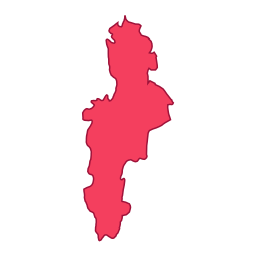 Shibin al-Qanatir, Al Qalyubiyah, Egypt
{"feature_id": "37247803B12662956160688", "entity_name": "Shibin al-Qanatir", "entity_type": "district", "adm_level": 2, "iso_a3": "EGY", "parent_name": "Egypt", "parent_adm1": "Al Qalyubiyah", "projection": "equal_earth", "projection_center": [31.303, 30.296], "detail": "fine", "context": "isolated", "style": "filled", "palette": "rose", "viewbox_px": 256, "rotation_deg": 0, "n_neighbors": 0, "source": "geoboundaries", "source_scale": "gbopen_adm2", "svg_char_len": 5783}
<svg xmlns="http://www.w3.org/2000/svg" viewBox="0 0 256 256"><path d="M170.5,119.7L169.7,117.1L169.0,115.1L168.6,113.7L168.2,111.4L167.7,107.8L167.7,107.0L167.8,104.8L168.4,104.7L169.2,104.5L169.6,104.4L170.1,104.4L171.2,104.5L172.0,104.5L172.5,104.2L172.9,103.8L173.2,103.0L173.3,102.8L172.3,101.7L171.8,100.2L171.7,99.9L171.1,99.6L167.6,95.1L167.0,94.4L164.6,90.9L163.0,88.9L160.0,86.9L159.6,86.6L157.0,85.4L155.3,84.6L155.0,83.4L149.9,80.8L148.3,82.8L147.9,83.3L148.1,79.9L148.0,79.6L148.0,76.3L147.3,73.2L148.0,70.2L149.0,68.3L151.1,69.9L155.5,69.9L156.4,68.8L157.3,67.5L157.2,65.3L156.0,57.2L156.6,56.2L156.2,55.5L154.9,53.4L154.1,52.2L153.1,52.9L152.6,53.2L151.6,53.3L149.4,52.8L150.1,51.8L150.7,51.0L151.2,50.0L151.9,47.8L152.1,46.3L152.0,45.1L151.9,44.2L151.9,43.8L151.1,41.4L148.7,38.9L149.1,38.6L147.9,37.4L146.0,36.6L145.8,36.5L143.4,35.9L141.5,35.2L141.3,35.1L140.9,34.5L140.8,34.1L139.3,31.7L139.3,30.1L139.6,29.1L140.3,27.4L140.4,27.2L141.0,25.9L140.0,24.9L139.0,24.3L138.7,24.2L137.2,24.1L135.6,24.1L133.4,23.4L131.8,22.9L129.8,22.3L128.5,22.0L127.6,21.2L126.7,20.3L126.2,19.7L125.9,19.3L125.0,15.4L124.8,16.4L124.8,17.5L124.6,18.7L124.4,19.3L124.2,20.3L124.1,20.6L123.8,21.3L123.5,21.7L123.3,22.4L122.6,23.8L122.2,25.4L122.0,25.9L121.9,26.2L121.5,26.7L121.2,26.7L120.7,26.7L119.5,26.5L118.3,25.6L117.9,24.7L117.7,23.7L117.8,22.6L116.1,23.9L115.5,24.3L114.4,25.3L112.1,26.9L111.1,27.6L109.8,28.5L109.3,29.9L109.0,30.7L109.3,31.8L110.2,32.6L110.9,33.4L111.3,33.4L112.4,34.0L112.5,34.4L112.4,34.8L112.1,35.3L111.8,35.7L111.5,36.6L111.8,37.4L112.2,37.9L112.7,38.4L113.4,39.3L113.8,39.6L114.1,39.8L114.6,40.4L114.7,40.7L114.8,41.4L115.0,42.3L114.6,42.9L113.9,43.2L113.1,43.0L111.4,42.5L110.3,41.4L109.1,40.3L108.1,39.6L107.6,39.3L107.1,39.2L106.6,39.6L106.2,40.1L106.2,40.6L106.7,44.2L107.3,46.1L108.3,48.7L108.3,50.2L108.3,52.2L108.3,53.9L108.4,57.1L108.7,58.6L108.8,60.7L108.8,63.1L109.0,64.6L109.4,65.4L109.7,66.8L109.7,68.0L109.5,69.8L110.1,72.3L110.5,73.4L111.4,75.4L111.7,75.5L112.4,76.1L113.4,77.1L115.3,78.3L115.8,78.8L116.2,79.7L116.3,80.0L116.6,80.8L116.7,81.4L116.7,82.1L116.8,82.5L116.8,83.3L116.9,83.9L116.9,84.5L116.7,85.5L116.6,86.2L116.2,87.2L116.0,88.1L115.9,89.0L116.0,89.8L116.0,90.2L115.5,91.5L115.3,92.4L114.6,93.4L114.1,94.5L113.9,94.9L113.9,95.7L113.4,96.2L113.1,97.1L113.0,97.7L112.3,98.9L111.9,99.2L110.7,100.6L109.4,100.9L109.3,100.3L108.4,99.2L107.8,98.5L107.8,96.8L107.6,95.5L107.1,95.2L106.8,94.9L106.4,95.2L105.9,95.6L105.6,96.1L105.3,96.5L104.8,97.3L104.4,98.1L104.0,98.8L103.7,99.2L103.5,99.6L103.3,100.0L103.0,100.3L102.1,100.5L101.6,100.5L101.0,100.3L100.6,100.1L100.1,99.7L99.4,99.2L98.5,98.8L97.3,98.7L96.9,99.3L96.9,99.7L96.8,100.3L95.2,100.7L93.8,100.5L91.5,100.8L91.3,101.1L91.2,102.0L92.0,102.9L92.3,103.0L92.5,103.3L93.0,103.6L93.3,103.9L93.5,104.2L94.1,104.6L94.2,105.0L94.3,105.3L93.8,106.0L93.5,106.6L91.4,108.6L90.8,108.6L89.6,109.2L88.6,109.2L87.9,108.9L87.3,108.8L86.8,108.7L85.9,109.0L85.2,109.5L84.5,110.2L84.1,110.5L83.8,111.1L83.4,111.6L83.1,112.3L82.7,112.9L83.0,117.8L82.9,119.1L83.3,119.6L84.0,120.0L84.5,120.2L85.3,120.3L86.3,120.4L87.2,120.4L88.2,120.6L89.6,120.4L91.1,120.1L91.8,120.3L92.1,121.1L92.2,121.6L92.0,122.6L91.9,123.2L91.5,124.0L91.0,124.9L90.7,125.5L90.4,126.2L90.0,126.7L89.4,127.6L88.8,128.5L88.0,129.6L87.5,131.0L87.3,132.5L87.1,133.5L86.8,135.0L86.6,135.9L86.5,137.0L86.4,138.7L86.4,140.4L86.3,142.0L86.4,142.6L86.9,144.2L87.3,144.8L87.5,145.4L88.4,146.1L89.1,146.7L89.4,147.1L89.9,147.7L90.5,148.6L90.7,149.6L91.2,151.1L91.3,152.3L91.2,153.6L91.2,155.1L91.0,157.4L90.8,159.3L90.0,161.1L89.7,163.4L89.3,165.9L88.1,168.6L87.8,171.5L88.5,172.9L89.2,173.8L90.4,174.4L91.4,174.5L92.1,175.0L92.8,175.5L93.5,177.7L93.6,179.1L93.3,181.3L92.9,183.0L92.0,184.8L90.4,186.3L86.7,187.7L83.9,189.2L84.0,191.2L84.4,193.4L84.6,195.7L84.4,197.5L85.2,201.2L85.8,201.9L86.3,203.1L86.5,203.7L87.0,204.7L87.5,206.9L88.0,208.4L88.7,209.2L89.9,210.9L90.4,211.3L91.5,211.7L92.4,212.2L92.9,212.4L93.7,213.2L94.2,214.7L94.4,215.5L95.0,217.3L95.6,217.8L95.9,218.4L96.3,219.9L96.2,220.8L96.3,222.1L96.0,224.2L96.0,225.5L95.6,227.5L95.6,228.0L95.5,230.9L96.1,232.0L96.9,233.1L97.5,233.7L98.0,234.6L98.3,236.0L98.2,237.0L98.8,240.0L99.4,240.6L100.6,240.2L101.3,239.6L102.0,238.3L102.9,237.3L103.7,236.2L104.5,235.2L105.7,234.9L106.3,234.9L106.9,235.1L107.9,235.8L108.7,236.4L110.1,237.2L111.0,237.8L111.6,238.1L113.0,238.3L114.3,237.7L114.5,237.2L115.6,236.5L116.1,235.5L116.4,234.4L117.7,233.2L118.4,231.7L118.7,230.8L119.4,229.3L119.6,228.2L119.4,227.7L120.0,225.6L120.3,223.7L120.3,222.0L120.7,221.5L121.6,220.3L121.9,218.7L122.1,218.3L122.2,217.0L122.3,215.5L122.7,215.5L123.5,215.4L124.2,215.1L126.1,214.8L127.2,214.0L128.2,213.1L129.4,212.0L129.8,210.5L130.2,209.0L130.5,207.7L130.4,206.4L130.2,205.5L129.6,204.4L129.4,203.9L128.9,203.6L128.0,203.3L127.0,202.8L125.6,202.2L124.2,201.9L123.3,201.6L122.3,201.5L121.8,201.0L122.1,198.9L122.0,197.5L122.1,196.7L122.3,196.0L122.5,195.4L123.2,189.9L124.2,184.9L124.7,180.9L124.7,179.6L124.2,178.6L123.7,178.5L123.1,178.7L122.6,179.3L122.3,179.5L122.0,179.8L121.1,179.6L120.5,178.9L120.5,178.1L120.6,177.3L120.8,176.3L121.2,175.5L121.6,174.7L122.1,173.0L122.2,172.0L122.3,171.0L122.3,170.0L122.6,168.9L123.0,167.4L123.5,165.9L124.3,164.5L125.5,162.8L126.1,161.8L126.6,161.3L127.4,160.7L128.7,160.1L129.6,160.0L130.8,159.7L131.7,160.1L132.6,160.7L133.8,161.2L134.6,161.5L135.5,161.7L136.7,161.4L137.4,161.1L139.1,158.8L139.8,158.3L140.9,158.5L141.7,158.8L142.8,159.1L144.3,159.3L145.3,158.9L146.5,157.7L147.0,156.2L146.5,154.6L146.5,153.9L146.7,145.6L147.3,140.9L147.5,138.6L148.1,133.2L148.8,131.5L149.2,130.9L149.7,130.4L150.8,129.9L152.7,129.0L156.3,127.8L159.1,126.6L161.7,125.3L163.4,123.9L165.3,122.6L170.5,119.7Z" fill="#f43f5e" stroke="#9f1239" stroke-width="1.5"/></svg>